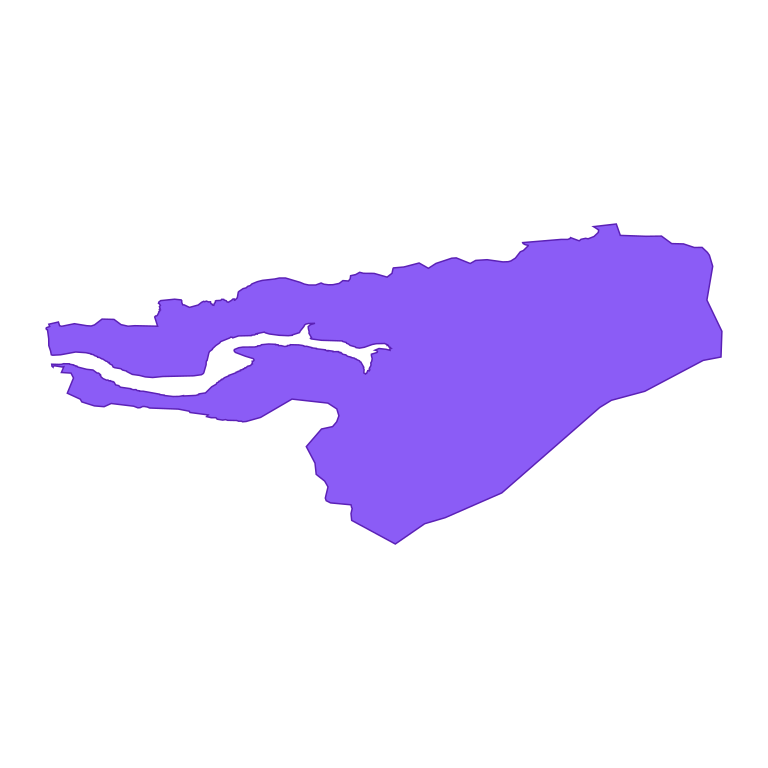 Stryn nor, Sogn og Fjordane, Norway
{"feature_id": "86288312B20375787798731", "entity_name": "Stryn nor", "entity_type": "district", "adm_level": 2, "iso_a3": "NOR", "parent_name": "Norway", "parent_adm1": "Sogn og Fjordane", "projection": "natural_earth1", "projection_center": [6.614, 61.822], "detail": "fine", "context": "isolated", "style": "filled", "palette": "violet", "viewbox_px": 768, "rotation_deg": 0, "n_neighbors": 0, "source": "geoboundaries", "source_scale": "gbopen_adm2", "svg_char_len": 6074}
<svg xmlns="http://www.w3.org/2000/svg" viewBox="0 0 768 768"><path d="M683.5,243.9L671.7,243.6L661.5,236.1L646.0,236.3L620.3,235.4L616.3,224.0L593.5,226.6L598.6,229.9L598.3,232.4L594.0,236.5L588.1,238.8L585.6,238.3L581.0,239.3L579.5,240.7L578.5,240.6L570.5,237.6L570.1,238.5L567.8,239.4L561.3,239.4L522.7,242.6L523.1,243.5L525.0,244.6L528.2,245.4L528.1,245.9L523.4,250.5L520.3,251.8L515.4,258.1L510.8,261.0L508.2,261.7L503.0,261.9L487.1,259.7L475.7,260.4L470.2,263.5L456.3,257.9L451.7,258.2L436.0,263.4L428.4,268.3L419.1,263.0L403.8,267.0L393.5,267.9L393.1,268.3L392.0,273.3L387.1,277.1L374.1,273.4L363.5,273.3L359.7,272.3L355.6,274.6L350.6,275.7L350.2,278.7L348.5,281.0L342.9,280.6L339.2,283.4L333.0,284.7L328.5,284.8L323.9,284.2L321.1,283.0L315.7,285.0L308.7,285.0L304.4,284.1L300.0,282.3L285.5,278.0L279.4,278.0L274.7,279.0L262.3,280.4L257.3,281.7L251.9,283.9L250.2,285.6L247.8,286.3L246.0,287.9L243.1,288.6L239.1,291.3L238.3,292.1L237.3,297.7L235.0,300.1L234.5,300.2L234.3,299.0L233.0,299.0L231.3,300.5L228.2,302.3L227.0,301.8L226.2,300.7L224.2,300.1L223.8,299.4L221.7,299.3L220.7,300.4L216.2,300.6L215.4,301.0L215.3,302.5L214.3,303.4L213.8,305.3L212.5,305.0L212.3,304.3L210.8,303.5L210.5,301.8L208.4,301.9L206.5,301.1L204.6,301.7L203.7,301.3L201.6,302.3L198.2,305.0L189.5,307.4L184.2,304.9L182.7,304.8L181.7,302.2L181.8,300.8L181.2,299.9L174.6,299.2L160.7,300.6L158.8,302.1L158.5,303.4L159.3,303.7L160.4,305.4L159.4,306.6L160.1,308.5L159.4,309.3L160.4,310.0L159.4,310.9L159.5,311.5L158.7,311.9L158.7,312.7L157.4,315.2L156.6,315.9L155.5,316.0L154.7,317.0L157.6,326.2L134.8,325.7L128.0,326.2L121.0,324.6L114.0,319.4L102.0,319.1L94.5,324.9L91.2,326.0L86.7,325.7L74.4,323.7L61.6,326.3L59.6,325.7L58.4,322.0L48.8,324.2L49.7,326.5L46.4,327.7L46.1,328.7L46.5,329.5L47.5,329.8L48.7,338.8L48.8,345.6L50.6,351.1L51.3,354.8L52.6,355.2L60.5,354.8L75.7,352.0L85.9,352.7L91.0,353.8L91.0,354.2L93.6,354.7L94.3,355.5L97.5,356.6L97.6,357.3L99.5,357.5L101.8,358.9L102.7,359.0L106.1,361.2L107.3,361.5L108.4,362.7L109.3,362.6L109.2,363.2L110.0,364.0L112.2,365.1L113.1,367.0L114.7,367.7L120.8,368.7L122.5,370.0L126.6,371.1L126.7,371.5L132.3,374.4L139.4,375.4L145.3,376.9L152.7,377.5L162.7,376.5L193.7,375.8L201.5,374.7L203.3,373.5L203.8,372.7L206.1,364.8L206.2,362.0L206.6,360.7L207.1,360.5L208.9,352.8L209.6,351.5L212.4,349.4L212.4,348.8L215.9,345.5L219.6,343.0L220.7,341.6L229.6,338.0L230.8,337.1L233.0,337.5L233.0,337.8L238.6,335.9L251.6,335.6L251.9,335.1L254.7,334.9L255.9,334.0L256.7,334.1L256.4,333.7L264.3,332.1L265.3,332.8L269.4,334.0L279.3,335.3L288.2,335.7L292.3,335.3L292.3,334.9L299.5,332.6L300.2,331.1L303.9,326.5L304.6,325.0L305.9,324.1L308.4,323.5L315.0,323.3L310.4,324.7L308.2,326.6L308.4,328.9L309.1,331.5L309.0,333.4L311.5,337.7L310.5,338.3L311.1,338.9L321.5,340.3L342.1,340.9L342.5,341.4L346.3,342.5L346.6,343.3L348.5,344.0L350.1,345.4L355.4,346.9L356.0,347.6L359.5,348.1L364.3,347.3L372.2,344.5L376.2,343.7L384.6,343.5L387.1,344.6L387.1,345.2L387.7,344.9L388.7,345.8L387.6,345.4L388.7,346.2L389.2,347.2L390.4,347.4L390.8,348.1L389.7,348.2L390.8,348.6L389.7,349.0L390.0,350.3L386.2,349.3L379.0,348.5L375.0,350.2L376.9,350.7L377.5,351.7L377.0,352.5L371.4,354.2L371.4,355.6L372.2,358.6L371.7,361.3L370.8,362.9L371.0,364.8L370.8,365.8L369.3,368.4L370.0,369.9L369.4,369.1L369.6,370.1L368.1,370.4L369.2,370.4L369.2,370.8L367.7,370.7L366.6,373.4L365.9,373.4L365.5,374.0L363.8,372.9L364.1,369.6L363.4,367.9L363.8,367.3L360.8,362.0L360.2,362.0L359.5,360.8L356.9,359.7L356.2,359.0L355.3,359.0L354.6,358.2L351.1,357.5L351.0,357.1L347.5,356.3L345.9,354.9L342.6,354.2L341.6,353.1L340.0,352.7L340.3,352.4L338.4,352.0L338.4,351.6L333.0,351.7L333.0,351.2L328.2,350.5L328.2,350.9L326.6,350.9L327.3,350.7L325.3,350.2L325.3,349.8L316.4,348.8L316.4,348.4L311.9,347.9L311.9,347.6L306.7,346.3L304.2,346.4L303.9,345.8L302.3,345.4L298.7,344.9L290.2,344.7L289.9,345.4L287.4,345.5L287.1,346.2L284.6,346.5L281.1,345.6L278.5,345.6L278.2,344.8L275.6,344.7L275.6,344.3L268.6,344.0L261.4,344.7L260.5,345.6L257.6,345.9L257.4,346.4L254.6,347.0L242.8,347.1L238.8,347.7L234.4,349.5L234.1,350.8L235.3,352.4L245.3,356.2L253.2,358.6L253.9,359.4L253.9,360.5L253.2,361.2L252.2,361.2L252.4,363.9L251.8,363.9L250.6,365.5L247.5,366.3L246.0,367.7L245.0,367.7L244.8,368.3L243.2,368.9L243.2,369.3L240.4,370.1L240.5,370.7L238.0,371.4L238.0,371.7L236.1,372.2L235.9,372.8L228.8,375.4L228.8,375.8L224.2,377.8L223.3,378.8L221.7,379.3L221.7,379.8L221.1,379.8L219.6,381.2L219.0,381.2L218.4,382.2L216.9,382.8L216.2,384.2L211.7,386.8L205.5,392.9L199.5,393.8L198.6,394.1L198.6,394.6L195.8,395.4L183.5,396.0L183.5,395.6L179.1,396.4L173.1,396.5L164.2,395.5L164.2,395.1L159.8,394.6L159.7,394.2L143.1,391.2L139.6,391.2L139.6,390.8L137.1,390.5L136.0,389.6L133.5,389.7L131.0,389.1L130.9,388.7L120.4,387.2L118.7,385.6L115.6,384.9L114.1,382.2L113.1,382.0L113.1,381.6L110.5,381.1L110.5,380.7L108.9,380.8L107.9,380.0L106.7,380.2L103.1,378.6L100.9,376.7L100.6,375.0L100.0,375.0L100.1,374.4L98.6,373.1L97.0,373.0L93.0,370.0L86.7,369.3L79.6,367.5L78.0,367.1L77.0,366.2L76.3,366.4L76.3,366.0L73.7,365.3L73.7,364.9L69.6,364.2L69.5,363.8L63.5,363.7L61.6,364.3L58.8,364.4L51.7,364.2L52.0,366.3L53.0,367.1L53.0,366.4L54.6,365.8L62.3,367.0L63.8,366.7L61.4,372.5L71.0,373.1L73.5,378.0L67.3,393.2L80.3,399.2L81.8,401.9L94.4,405.9L104.1,406.7L111.2,403.5L133.7,406.2L137.8,407.8L140.1,407.7L142.6,406.5L144.4,406.5L147.3,407.0L149.6,408.0L178.4,409.1L189.2,411.2L190.0,412.5L208.1,414.9L206.6,416.6L211.1,417.7L215.9,417.7L217.2,419.2L222.7,420.1L225.6,419.6L227.6,420.3L236.8,420.5L238.6,421.2L241.6,421.2L242.5,421.8L246.1,421.5L260.6,417.4L292.0,399.1L327.9,403.1L336.8,408.9L338.9,415.8L336.7,421.8L332.6,426.6L321.5,429.0L306.3,446.6L315.0,463.1L316.2,474.4L324.7,481.1L328.0,486.9L325.3,498.1L326.2,500.7L330.6,502.9L351.0,504.8L351.6,507.5L352.2,508.4L351.0,513.6L351.7,520.4L395.3,544.0L424.7,523.7L445.1,517.7L501.8,492.9L599.8,407.4L611.4,400.3L644.8,391.3L703.2,360.4L721.0,357.0L721.9,331.3L706.9,300.1L712.7,266.3L709.4,255.3L707.4,252.4L702.1,247.4L694.3,247.5L683.5,243.9Z" fill="#8b5cf6" stroke="#5b21b6" stroke-width="1.5"/></svg>